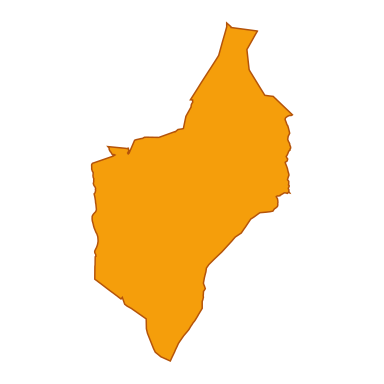 outline of San Sebastián Tecomaxtlahuaca, Oaxaca, Mexico
{"feature_id": "50627088B84243272648939", "entity_name": "San Sebastián Tecomaxtlahuaca", "entity_type": "district", "adm_level": 2, "iso_a3": "MEX", "parent_name": "Mexico", "parent_adm1": "Oaxaca", "projection": "albers", "projection_center": [-98.086, 17.347], "detail": "fine", "context": "isolated", "style": "filled", "palette": "amber", "viewbox_px": 384, "rotation_deg": 0, "n_neighbors": 0, "source": "geoboundaries", "source_scale": "gbopen_adm2", "svg_char_len": 4146}
<svg xmlns="http://www.w3.org/2000/svg" viewBox="0 0 384 384"><path d="M94.8,279.2L100.0,283.1L100.3,283.3L108.1,289.3L112.4,292.5L113.0,292.9L121.0,299.0L122.3,297.4L124.7,304.2L127.1,306.1L131.1,308.3L134.7,310.8L146.2,318.9L146.4,328.8L147.5,333.4L153.5,348.5L155.3,352.2L160.9,356.8L170.3,361.0L172.0,357.3L174.7,351.7L175.4,349.9L177.0,346.6L178.3,343.7L178.5,343.3L179.3,342.1L179.9,341.2L183.8,335.6L186.8,332.1L188.6,329.9L189.1,329.2L190.6,326.6L192.1,324.4L193.1,322.8L194.6,321.0L194.7,320.8L195.2,320.1L197.4,316.5L198.5,314.5L202.2,308.4L202.2,307.8L202.2,301.5L203.0,299.1L203.1,298.3L203.2,298.0L203.4,297.5L203.2,295.4L203.2,295.1L203.3,294.9L203.5,291.4L204.5,290.0L204.8,289.5L205.3,288.7L205.2,288.3L204.8,287.3L204.5,286.2L203.8,284.6L203.4,283.1L204.4,277.7L205.1,274.8L205.9,271.8L206.4,268.1L208.9,264.5L214.0,259.4L220.4,253.3L221.5,252.3L231.7,241.2L233.7,238.8L235.3,237.0L241.3,233.0L244.0,229.0L245.8,226.5L245.9,226.3L250.7,219.1L254.0,217.0L257.8,214.2L259.9,212.7L265.8,212.2L270.1,211.7L272.9,211.1L273.8,209.7L274.5,208.8L275.6,208.1L276.2,207.6L277.4,206.5L277.7,205.6L277.8,204.6L277.7,203.6L277.9,202.6L277.8,200.8L277.5,198.8L276.2,196.7L276.3,196.5L276.6,196.4L277.2,196.0L277.5,195.9L278.3,196.0L279.5,195.8L280.0,195.7L280.2,195.2L280.3,195.0L280.5,194.9L280.9,194.9L282.0,194.2L284.2,192.9L284.5,192.8L285.0,192.9L285.6,192.9L286.6,193.1L287.1,193.4L287.4,193.4L287.8,192.8L288.1,192.5L288.4,192.5L289.7,192.9L288.8,191.4L288.7,190.9L288.9,190.4L289.0,190.0L288.4,189.0L288.3,188.4L288.5,187.7L289.1,186.6L289.1,186.4L289.1,185.8L289.1,185.5L289.1,185.4L288.5,185.0L288.5,184.6L288.7,183.9L288.7,182.8L288.8,181.7L288.6,181.1L287.6,179.9L287.5,179.6L287.8,178.5L288.0,177.8L288.1,177.5L288.4,176.7L288.8,175.6L289.0,175.0L288.8,174.2L288.6,173.2L288.3,172.4L288.1,171.6L287.7,170.0L287.4,168.5L286.9,167.1L286.1,164.9L285.7,164.1L285.2,162.3L286.4,161.5L287.2,160.9L287.7,159.0L286.8,157.8L286.2,156.4L287.2,155.0L287.9,153.4L288.4,152.0L289.3,150.5L290.1,150.0L290.0,149.1L290.7,148.0L290.5,146.6L289.8,145.0L289.6,143.5L288.4,141.3L287.7,139.4L287.9,138.0L288.2,136.3L288.8,135.1L289.7,133.2L288.3,127.5L287.6,125.4L287.3,125.1L287.0,124.8L286.3,122.7L286.0,121.9L285.5,120.6L285.1,119.6L285.3,118.5L285.7,117.7L286.6,117.0L287.6,116.3L289.3,115.5L290.7,115.5L291.6,115.4L292.4,114.8L284.9,107.6L282.8,105.6L273.2,96.4L270.6,96.1L264.8,95.3L258.6,85.3L257.2,83.0L249.7,70.8L249.1,69.5L247.9,58.7L246.9,49.5L248.7,46.4L255.5,34.3L257.4,31.1L257.2,31.0L246.8,29.6L234.7,28.0L231.0,27.5L231.0,26.8L230.7,26.5L226.7,23.0L226.7,26.9L224.7,34.1L222.5,41.7L221.2,46.4L218.7,55.4L216.8,58.5L210.2,68.8L209.0,70.6L201.2,82.7L198.1,87.7L193.6,94.8L190.4,99.8L192.6,100.0L192.7,102.3L192.3,102.8L191.5,104.2L191.2,105.2L191.2,105.7L191.2,106.1L191.0,106.8L190.9,107.5L190.5,108.0L186.2,115.8L185.9,116.4L183.4,128.5L182.0,128.9L178.0,129.5L176.2,131.0L175.0,131.9L174.7,131.7L158.9,137.4L145.8,137.2L145.4,137.3L144.4,137.3L142.5,138.4L140.8,138.6L139.8,138.9L136.1,139.7L134.6,140.3L129.1,153.1L128.2,153.9L128.0,153.6L127.6,153.0L127.9,152.6L128.1,152.4L128.3,152.4L128.4,151.9L128.6,151.9L128.8,151.8L128.7,151.7L128.7,151.4L128.5,151.2L128.8,150.8L128.8,150.5L128.9,150.2L128.5,149.5L128.3,149.2L128.2,148.8L128.3,148.5L128.4,148.3L128.1,148.1L127.5,148.6L125.3,148.3L107.9,146.6L108.4,147.2L109.2,148.3L109.2,149.6L110.3,151.7L111.0,152.3L111.7,153.7L112.5,154.7L113.9,154.5L114.9,155.0L113.0,156.2L100.9,160.4L92.5,163.3L91.7,164.4L91.6,165.6L91.7,166.9L91.7,169.1L92.3,171.1L93.2,172.6L93.1,174.2L93.0,175.2L93.0,176.0L93.3,177.7L93.8,178.7L93.7,180.2L93.7,181.8L93.3,183.6L94.0,185.5L94.9,186.8L95.3,187.5L95.6,188.6L95.4,189.6L95.6,190.5L95.1,192.7L94.1,193.9L94.9,197.3L95.3,199.8L95.4,200.3L95.6,202.9L95.9,204.2L96.4,209.5L96.2,210.5L95.5,211.9L94.7,212.7L93.2,214.4L92.2,216.2L92.1,218.9L92.3,220.9L93.1,223.7L93.6,226.0L94.2,228.0L95.1,230.2L95.9,232.2L96.9,234.0L97.8,236.8L98.0,239.3L98.1,241.2L97.7,243.7L97.3,245.3L96.4,247.7L95.6,249.2L94.7,251.2L94.8,252.8L95.7,254.4L95.9,256.3L95.2,256.8L95.1,264.8L94.9,266.4L94.8,277.1L94.8,279.2Z" fill="#f59e0b" stroke="#b45309" stroke-width="1.5"/></svg>